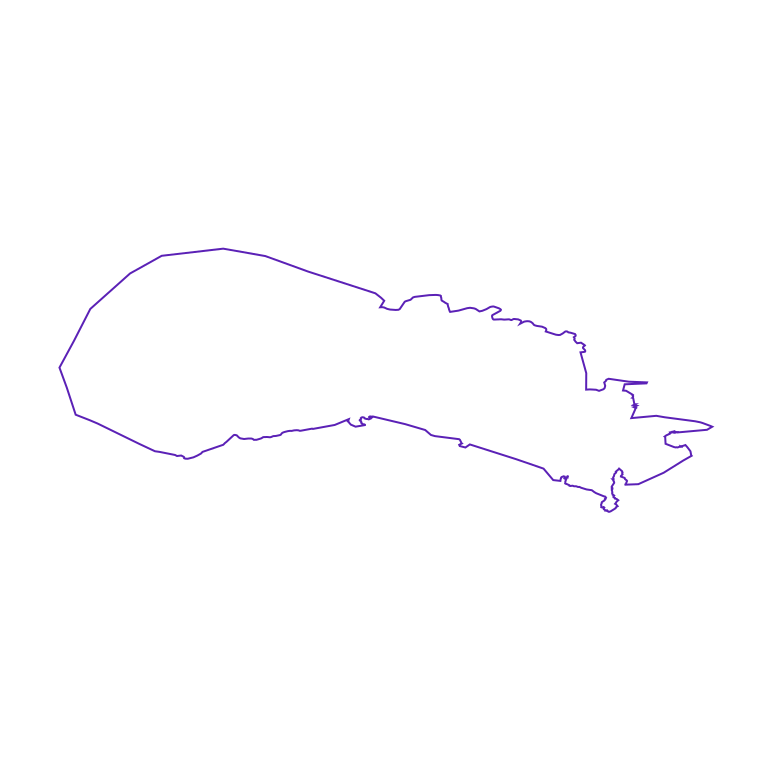 Målselv nor, Troms, Norway (Robinson projection), rotated 172°
{"feature_id": "86288312B50158709887361", "entity_name": "Målselv nor", "entity_type": "district", "adm_level": 2, "iso_a3": "NOR", "parent_name": "Norway", "parent_adm1": "Troms", "projection": "robinson", "projection_center": [18.576, 68.958], "detail": "fine", "context": "isolated", "style": "outline", "palette": "violet", "viewbox_px": 768, "rotation_deg": 172, "n_neighbors": 0, "source": "geoboundaries", "source_scale": "gbopen_adm2", "svg_char_len": 6110}
<svg xmlns="http://www.w3.org/2000/svg" viewBox="0 0 768 768"><g transform="rotate(172 384 384)"><path d="M94.0,281.6L97.2,281.0L97.6,281.1L98.0,280.8L98.0,280.6L98.4,280.8L98.3,280.6L98.6,280.5L100.4,280.7L100.7,280.6L102.0,280.3L102.9,280.6L104.0,280.6L105.6,281.2L113.5,285.6L112.9,292.6L113.3,292.9L111.5,293.9L108.7,294.7L108.8,294.8L107.9,295.4L107.1,295.6L107.2,295.9L107.0,296.0L107.2,296.3L105.9,296.4L105.4,296.6L105.1,296.5L103.6,296.7L103.8,296.3L104.6,295.8L103.2,295.3L102.5,295.3L102.5,295.5L102.5,295.8L103.2,296.0L102.7,296.4L102.1,295.9L101.5,295.8L102.1,295.5L101.2,295.6L100.3,295.2L70.5,293.7L64.9,296.0L66.5,297.0L73.9,301.0L76.0,302.0L81.1,303.8L110.7,312.0L118.8,314.6L143.8,315.8L138.9,323.7L138.6,324.5L137.5,325.3L137.7,325.6L138.8,325.7L139.6,326.2L138.3,326.3L138.1,326.5L138.4,326.8L136.9,327.3L138.6,327.9L138.0,328.0L139.3,328.2L139.8,328.4L138.0,329.0L138.5,329.1L138.9,329.6L139.2,335.2L139.3,335.5L139.8,335.7L139.4,335.9L139.5,336.2L139.2,336.6L139.3,336.8L139.0,337.4L139.3,337.9L139.0,338.4L139.3,338.6L139.2,338.7L139.4,338.9L145.2,343.6L148.2,344.3L145.7,350.2L124.0,348.1L123.4,349.0L141.2,352.2L160.8,357.9L163.3,357.2L163.9,356.1L165.7,354.9L165.2,351.4L166.1,349.3L166.9,348.6L167.7,348.2L172.0,347.3L174.8,348.8L180.9,350.0L184.6,350.3L182.2,366.6L185.0,388.0L181.8,387.9L180.5,388.0L180.3,388.2L180.1,388.6L180.2,389.5L181.9,391.9L181.9,392.4L181.3,393.3L179.7,394.2L180.0,394.7L183.2,397.5L187.0,397.5L188.5,399.4L189.0,400.5L189.5,401.3L189.0,402.1L188.9,402.6L189.5,403.9L187.8,404.8L187.5,405.1L187.4,405.8L187.9,406.9L192.1,408.8L194.3,409.5L194.6,409.9L195.5,410.6L196.5,410.8L197.5,410.6L199.9,409.2L202.8,408.1L204.4,408.2L206.9,408.9L216.5,413.5L215.9,414.5L215.7,415.7L215.9,416.2L216.6,417.0L219.6,418.8L224.4,420.2L226.3,421.0L227.4,421.8L228.2,423.3L229.0,424.2L230.1,425.2L231.6,425.9L233.6,426.3L235.8,426.3L236.7,426.2L240.9,424.7L239.5,426.3L239.5,427.3L239.7,427.8L242.1,429.3L245.8,430.2L246.7,430.3L248.8,429.6L249.6,429.8L250.8,430.5L251.7,430.7L255.9,431.0L259.1,431.8L266.2,432.5L266.8,432.8L267.2,433.4L267.5,434.5L267.6,436.3L267.1,437.1L258.6,440.3L258.1,440.8L257.9,441.3L258.3,441.9L259.7,443.0L264.2,445.3L265.1,445.6L267.3,445.6L268.4,445.4L272.1,443.9L276.5,442.8L279.4,442.6L282.8,445.6L284.4,446.4L288.2,447.5L291.1,447.5L300.1,446.3L308.5,446.2L308.9,447.2L308.9,447.6L309.2,448.6L309.3,450.0L309.7,451.7L309.9,453.9L309.8,454.3L312.3,456.1L312.6,456.5L315.2,458.6L315.4,459.2L315.3,461.4L315.5,462.3L315.4,463.3L315.9,463.8L318.0,464.5L320.2,465.0L326.9,465.7L341.4,466.0L343.2,465.7L346.0,463.7L350.7,463.0L352.0,462.6L358.0,456.0L359.4,455.5L362.1,455.7L367.7,456.9L370.5,458.0L373.1,459.7L374.9,460.3L377.1,460.5L372.2,466.4L374.9,469.8L379.9,475.0L443.7,506.0L483.7,527.2L524.4,540.4L586.3,541.9L620.1,528.8L664.4,499.2L685.0,469.9L703.1,445.4L698.6,424.4L693.6,396.5L680.6,389.2L673.1,384.7L634.6,358.7L620.2,349.3L615.7,348.0L600.8,342.8L599.0,341.5L594.8,341.4L592.5,339.8L592.1,339.2L592.1,338.7L592.2,338.3L591.1,337.7L588.7,337.3L582.9,337.9L578.8,339.1L574.9,340.6L573.2,342.0L572.8,342.1L551.6,346.2L549.7,347.7L548.1,348.6L540.2,354.1L539.5,354.4L538.6,354.3L537.0,353.7L535.2,351.3L533.9,350.2L533.3,350.0L530.2,349.0L526.2,348.9L523.1,348.5L521.7,347.9L520.6,346.8L518.0,346.5L514.5,347.0L513.0,347.3L511.0,348.2L507.2,347.8L504.2,347.1L503.2,347.2L500.9,347.8L498.2,347.6L494.1,347.9L493.2,348.2L492.1,349.4L491.1,349.9L489.4,350.3L485.8,350.7L483.7,350.7L482.0,350.4L479.5,350.6L476.8,350.4L475.1,350.0L474.0,349.4L473.0,349.3L461.4,349.8L460.7,349.4L438.5,350.3L423.7,354.1L424.2,353.1L425.2,352.4L425.2,352.1L424.2,351.3L423.9,350.5L422.5,348.4L418.1,345.7L407.8,346.0L408.9,346.4L409.1,346.7L410.5,346.9L410.7,347.1L410.8,347.5L411.2,347.7L412.0,348.8L411.7,349.2L411.8,349.4L411.8,349.8L411.9,350.4L412.6,350.8L413.1,351.3L413.0,351.7L411.8,352.3L411.6,353.0L411.7,353.4L411.1,353.9L410.1,354.1L408.7,353.7L408.1,353.3L408.0,352.7L407.6,352.4L406.2,351.8L405.2,351.7L404.4,351.2L403.9,351.1L402.2,351.6L402.6,352.4L403.4,353.3L403.3,353.5L402.5,353.8L401.6,353.7L401.5,353.4L401.6,352.6L400.9,352.4L400.2,352.7L400.7,353.2L400.6,353.3L399.6,353.4L368.6,341.3L349.6,332.7L344.6,327.0L340.8,325.3L317.3,318.9L316.6,318.2L315.4,314.5L315.2,314.3L318.0,313.3L317.6,312.0L312.2,309.8L307.4,312.2L263.7,291.2L237.8,278.0L229.8,265.3L222.8,263.5L222.2,265.5L221.6,266.3L221.6,266.7L221.1,267.1L219.0,267.6L217.9,267.1L218.0,266.4L218.5,265.5L217.7,265.1L217.2,265.1L216.3,265.8L215.2,267.1L214.9,267.1L214.8,266.7L215.4,266.2L215.2,266.0L215.3,265.7L215.8,265.8L216.7,265.3L216.8,264.9L216.8,264.3L217.5,263.8L217.4,263.2L218.1,261.9L218.2,260.7L218.4,260.3L217.9,259.9L216.8,259.4L214.6,258.0L214.6,257.5L213.8,257.1L211.3,257.0L210.1,256.3L208.0,256.0L206.1,255.0L204.8,254.9L203.2,253.8L198.1,251.4L193.0,249.9L190.9,247.8L189.2,246.4L182.1,242.3L180.5,241.6L180.4,241.2L180.0,240.5L180.8,239.9L180.6,239.5L181.3,239.1L181.2,238.7L182.3,237.8L184.5,236.8L184.9,236.4L185.0,235.6L185.7,234.6L185.9,233.9L185.7,233.2L186.0,231.8L185.2,231.4L183.6,231.6L183.1,230.9L183.9,230.4L183.8,229.5L182.3,228.1L182.4,227.8L181.8,227.7L181.6,227.9L180.8,227.9L180.7,227.2L179.9,226.9L179.6,226.3L178.6,226.1L177.2,226.4L172.0,228.7L171.8,229.2L171.2,229.5L170.9,230.1L169.7,230.5L170.9,232.5L171.8,233.2L170.8,234.1L170.5,234.6L169.6,235.4L168.2,236.3L169.7,237.8L171.2,238.4L171.1,239.0L172.5,239.9L172.5,240.5L172.1,240.9L172.2,241.3L171.7,241.6L172.5,242.4L173.0,242.5L173.3,244.2L173.0,244.5L173.0,245.0L173.0,246.3L173.2,247.1L172.6,248.0L173.0,248.4L172.5,248.9L172.7,249.1L172.5,249.6L172.9,249.8L172.8,250.7L169.8,254.1L169.8,254.8L170.0,255.3L169.9,255.7L170.3,256.3L170.3,256.7L170.7,257.4L170.2,257.2L169.8,257.9L170.1,258.8L170.1,259.6L169.2,260.6L168.4,262.7L166.5,264.0L166.7,264.9L163.7,266.8L163.0,267.5L160.4,264.5L160.1,263.2L160.6,262.7L160.3,261.4L162.2,259.9L162.3,259.4L158.8,257.5L158.5,256.2L157.1,254.8L156.8,254.2L158.0,252.1L158.2,251.1L159.8,250.8L146.1,249.4L119.4,257.2L98.5,266.5L89.4,270.1L89.7,270.5L89.9,274.7L92.4,279.2L94.0,281.6Z" fill="none" stroke="#5b21b6" stroke-width="2"/></g></svg>